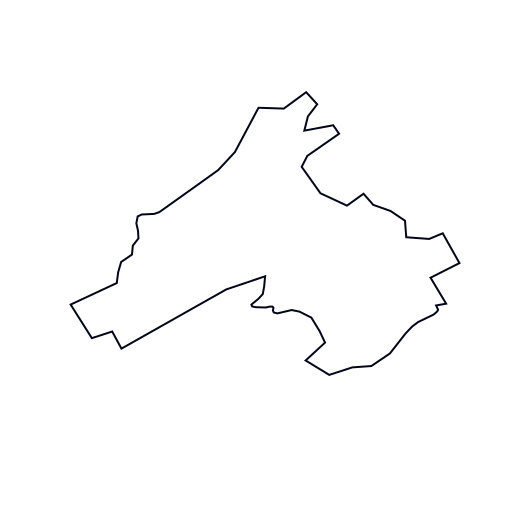 the border of Vecumnieku, rotated 162°
{"feature_id": "LVA-5735", "entity_name": "Vecumnieku", "entity_type": "Municipality", "adm_level": 1, "iso_a3": "LVA", "parent_name": "Latvia", "parent_adm1": "", "projection": "robinson", "projection_center": [24.617, 56.512], "detail": "fine", "context": "isolated", "style": "outline", "palette": "ink", "viewbox_px": 512, "rotation_deg": 162, "n_neighbors": 0, "source": "natural_earth", "source_scale": "10m", "svg_char_len": 1048}
<svg xmlns="http://www.w3.org/2000/svg" viewBox="0 0 512 512"><g transform="rotate(162 256 256)"><path d="M369.9,304.0L362.4,309.0L360.4,316.4L359.7,324.1L356.3,330.2L351.9,330.8L339.8,327.5L334.4,327.6L285.2,343.1L265.4,349.4L243.9,361.4L207.8,396.2L184.0,387.6L157.7,396.3L150.9,381.4L163.5,372.7L171.3,360.3L142.2,356.5L139.2,346.6L176.2,335.4L185.0,326.7L175.3,295.7L153.9,275.8L134.5,282.0L128.7,268.4L114.1,257.2L103.4,243.5L107.3,227.4L86.0,218.7L71.4,219.9L64.7,186.4L96.7,181.4L89.9,151.9L100.0,153.3L99.4,148.6L101.1,147.1L105.2,145.4L122.2,143.1L129.2,140.7L137.7,136.1L158.8,121.9L180.3,115.7L198.8,120.3L223.1,120.3L241.1,141.3L217.1,152.3L218.7,164.8L222.4,180.3L231.9,189.7L238.8,193.6L253.4,194.8L256.5,196.8L256.8,198.9L255.4,201.3L256.0,202.8L258.5,203.6L262.6,204.0L272.1,207.4L275.3,209.3L275.4,211.2L266.8,214.6L261.3,217.7L257.6,224.6L253.6,233.9L294.6,233.4L412.6,209.5L416.1,228.6L437.5,228.6L447.3,267.1L396.8,273.3L392.0,283.3L386.1,292.0L373.5,295.7L369.9,304.0Z" fill="none" stroke="#020617" stroke-width="2"/></g></svg>